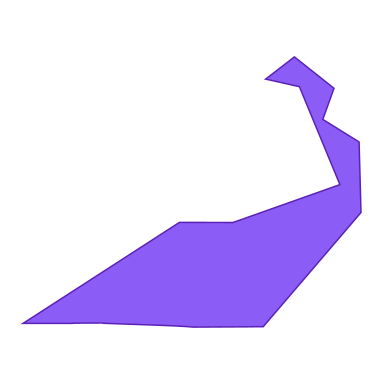 outline of Bristol, Virginia, United States of America
{"feature_id": "52423323B64207723161036", "entity_name": "Bristol", "entity_type": "district", "adm_level": 2, "iso_a3": "USA", "parent_name": "United States of America", "parent_adm1": "Virginia", "projection": "equal_earth", "projection_center": [-82.171, 36.636], "detail": "fine", "context": "isolated", "style": "filled", "palette": "violet", "viewbox_px": 384, "rotation_deg": 0, "n_neighbors": 0, "source": "geoboundaries", "source_scale": "gbopen_adm2", "svg_char_len": 422}
<svg xmlns="http://www.w3.org/2000/svg" viewBox="0 0 384 384"><path d="M23.0,323.4L63.7,323.4L66.0,323.4L71.6,323.4L75.9,323.1L102.2,323.0L103.5,323.3L157.6,325.2L176.7,326.0L185.3,326.5L193.3,327.1L250.5,326.8L255.8,326.7L263.2,326.7L361.0,212.5L359.1,142.0L322.8,119.4L334.0,88.3L294.4,56.9L265.6,79.1L299.4,86.7L339.9,184.6L233.0,222.5L179.4,222.4L23.0,323.4Z" fill="#8b5cf6" stroke="#5b21b6" stroke-width="1.5"/></svg>